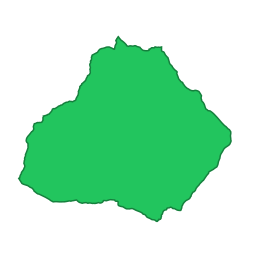 Negreni, Cluj, Romania, rotated 96°
{"feature_id": "2599482B47059022989916", "entity_name": "Negreni", "entity_type": "district", "adm_level": 2, "iso_a3": "ROU", "parent_name": "Romania", "parent_adm1": "Cluj", "projection": "mercator", "projection_center": [22.749, 46.959], "detail": "fine", "context": "isolated", "style": "filled", "palette": "green", "viewbox_px": 256, "rotation_deg": 96, "n_neighbors": 0, "source": "geoboundaries", "source_scale": "gbopen_adm2", "svg_char_len": 5798}
<svg xmlns="http://www.w3.org/2000/svg" viewBox="0 0 256 256"><g transform="rotate(96 128 128)"><path d="M189.0,231.8L194.2,227.7L194.8,226.3L195.8,221.6L196.6,220.1L197.1,219.3L197.8,217.2L198.1,216.8L199.1,215.7L199.7,215.2L200.7,214.7L201.2,213.7L202.3,212.1L202.7,211.3L203.0,210.6L203.0,210.0L203.1,209.4L205.5,202.8L207.3,198.7L207.6,198.3L208.2,197.3L209.2,194.9L209.2,194.2L208.9,193.1L208.7,191.0L208.6,188.2L208.0,183.4L207.4,181.1L206.6,178.7L206.7,177.7L206.7,177.2L206.6,176.8L206.3,176.3L206.0,174.9L205.1,172.1L205.0,171.7L205.2,171.3L205.6,170.9L206.7,169.3L207.1,168.3L207.2,167.8L207.3,167.2L207.4,166.5L207.6,166.0L207.5,165.2L206.9,163.9L206.9,163.2L206.6,162.2L206.6,161.6L207.0,160.2L206.9,159.7L206.7,159.1L206.6,158.3L206.5,157.9L206.7,155.7L206.7,155.1L206.5,154.4L206.5,153.0L206.4,152.6L205.9,151.0L205.3,149.8L205.3,149.3L205.5,148.5L205.5,147.7L205.4,147.2L205.1,146.6L204.9,146.2L204.4,145.6L203.7,145.1L202.9,144.9L202.6,144.5L202.6,141.9L201.4,139.0L201.1,138.1L201.0,133.7L201.7,133.3L202.0,132.8L202.1,132.1L202.0,131.1L202.0,130.7L202.3,130.3L202.6,130.1L204.8,129.9L205.5,129.8L205.8,129.5L206.2,129.1L206.7,127.2L206.9,124.8L208.2,122.1L208.5,121.2L208.5,120.5L208.4,119.3L208.3,118.1L207.8,116.5L207.7,115.4L207.8,114.5L209.0,111.4L210.3,106.7L211.1,105.0L211.7,104.5L212.1,103.9L212.2,103.5L212.2,102.7L212.5,102.0L212.7,101.6L213.2,101.1L214.3,100.2L214.6,99.8L214.9,99.2L215.7,96.6L216.6,94.7L216.6,92.3L216.8,91.6L217.5,90.6L217.8,89.9L217.7,89.8L217.8,89.2L217.6,88.9L217.3,88.7L216.9,88.7L216.7,88.3L215.6,87.7L215.8,87.1L215.5,86.9L215.4,86.4L215.1,86.1L214.2,85.7L213.7,85.8L212.4,85.5L211.1,85.7L210.6,85.4L209.9,84.8L208.4,84.6L207.1,84.2L206.7,83.9L206.3,83.6L206.2,83.3L205.7,82.6L205.6,82.4L205.5,81.6L205.1,81.1L204.9,81.0L204.0,81.0L203.7,80.7L203.4,80.2L203.0,78.5L202.5,77.8L202.3,77.4L202.5,76.2L203.4,75.0L203.4,74.6L203.3,73.6L203.3,73.4L204.4,70.7L204.6,69.4L204.6,67.8L204.5,67.2L204.4,66.9L201.9,66.2L200.2,66.2L198.9,65.6L198.1,65.5L197.4,65.0L196.4,64.6L194.2,62.8L192.5,60.3L191.8,59.4L190.3,58.7L189.7,58.6L189.4,58.2L188.3,58.1L187.3,57.8L185.8,57.1L184.9,56.5L184.5,55.7L184.1,55.3L183.3,54.7L182.7,54.4L181.3,54.1L180.8,53.9L180.4,53.6L179.3,53.0L177.4,51.5L175.7,50.6L173.5,48.8L172.8,48.4L172.6,48.2L172.5,47.9L172.3,47.6L167.0,44.8L164.9,43.3L164.5,43.1L163.7,43.2L163.2,42.9L162.8,42.5L160.2,38.8L159.1,37.7L157.8,36.1L157.4,35.6L156.3,35.2L155.0,34.8L151.9,34.5L148.5,33.5L146.4,33.4L144.7,33.1L141.1,31.4L139.8,30.9L138.9,30.5L137.7,29.6L136.7,28.5L134.7,26.1L133.7,25.2L130.8,24.2L129.8,24.2L128.7,24.6L127.8,24.7L125.0,25.3L122.7,25.2L121.2,25.4L120.9,25.5L119.0,27.1L118.4,28.4L116.3,30.8L116.0,31.5L115.0,32.9L112.9,35.4L108.1,40.5L105.2,43.9L104.0,45.5L102.5,48.0L102.3,50.4L101.6,51.2L101.1,52.1L100.9,52.6L99.3,53.4L96.5,54.6L94.7,55.9L94.2,56.6L93.4,57.4L92.8,57.8L92.4,57.7L91.5,58.1L90.6,58.5L88.2,58.3L86.5,59.5L84.6,61.0L84.2,61.5L83.8,62.7L83.5,64.3L83.5,64.8L83.7,65.7L84.1,66.6L84.2,67.6L84.1,69.1L83.5,70.9L83.0,71.6L82.3,73.5L81.8,74.0L81.2,75.0L80.9,75.4L78.2,77.8L77.9,78.3L77.4,78.2L76.9,78.8L76.6,79.3L76.5,80.0L76.2,80.5L75.6,80.9L74.5,82.2L73.3,83.0L71.9,83.6L68.8,85.2L68.4,85.2L67.4,85.0L66.8,85.2L65.1,87.8L62.9,90.1L62.1,90.4L59.6,93.3L56.5,94.5L53.8,95.7L53.1,96.7L51.4,98.5L49.0,100.0L48.5,100.8L48.3,102.0L47.6,102.6L47.2,102.8L44.9,103.0L43.9,103.1L44.1,103.7L44.3,103.7L44.5,105.5L44.4,106.1L44.8,107.5L44.7,108.0L44.5,109.6L45.2,109.9L45.6,110.6L45.6,112.0L45.8,113.0L47.1,114.2L47.2,114.9L47.5,115.3L47.9,115.0L48.3,115.1L48.6,115.3L49.0,116.2L49.1,116.9L49.3,117.9L49.3,119.6L49.2,121.0L48.8,122.0L47.3,123.9L46.5,124.6L46.0,127.7L45.5,128.7L45.4,129.7L45.9,131.1L46.1,131.8L46.1,132.7L46.0,133.8L46.1,134.4L46.2,135.0L46.8,136.2L46.3,137.9L45.4,138.4L44.0,140.0L43.1,141.2L41.8,143.2L41.7,143.7L39.1,146.5L38.9,146.5L38.2,147.2L38.9,147.7L39.8,148.0L40.2,148.4L41.7,148.7L41.9,149.2L42.5,149.2L42.6,148.9L43.6,148.5L44.8,148.3L47.2,149.3L51.0,149.7L51.1,150.7L50.8,150.8L49.4,155.2L49.5,155.8L49.5,156.3L49.9,158.1L50.7,159.5L51.5,161.6L51.7,162.5L52.6,164.2L54.0,165.3L55.9,166.2L59.1,171.0L59.5,171.4L60.2,171.3L61.5,171.8L62.6,171.5L63.6,171.5L64.4,171.8L64.7,171.7L65.0,172.2L65.8,172.3L66.3,172.0L66.9,172.0L67.5,172.2L68.4,172.6L69.3,172.6L71.8,171.7L72.6,171.7L73.3,172.0L73.6,172.0L73.8,171.8L74.2,171.9L74.9,171.5L75.9,171.5L76.7,171.3L77.4,171.3L79.2,172.2L79.7,173.0L80.3,173.7L80.8,173.7L82.2,174.2L83.1,174.7L84.4,174.8L85.2,175.4L85.7,175.5L86.1,175.9L86.6,176.5L87.2,176.8L87.5,177.2L88.5,178.1L88.7,178.5L90.0,178.7L90.4,179.0L90.5,179.3L91.1,179.7L91.5,180.0L92.1,180.3L93.0,180.1L97.0,181.2L98.0,180.9L100.4,181.1L104.1,182.7L105.3,182.7L106.4,183.7L106.6,184.3L107.2,185.2L107.7,185.8L107.6,186.4L107.6,186.9L107.5,187.5L107.6,188.0L107.5,189.1L108.6,190.6L108.9,192.2L110.4,194.6L111.0,195.0L111.2,195.4L112.1,196.2L112.4,197.5L112.9,197.9L113.6,199.5L114.3,200.0L116.4,202.7L116.5,204.0L117.1,205.1L118.8,205.5L120.1,206.3L121.9,207.6L122.3,207.7L122.8,209.0L123.4,209.5L123.4,209.9L123.7,210.2L123.9,210.6L124.2,211.3L124.4,212.0L124.8,212.6L124.9,213.4L125.6,213.3L126.8,213.7L128.2,213.4L128.8,213.5L129.0,213.3L129.5,213.5L131.3,214.4L131.6,215.1L131.8,216.9L132.0,217.6L132.0,218.5L132.5,219.5L133.2,220.5L133.5,221.6L136.5,222.3L138.5,221.7L139.4,221.7L141.0,222.5L141.3,222.7L141.7,223.4L144.6,225.2L146.9,226.8L148.3,227.5L149.3,227.8L150.7,227.9L151.4,227.9L151.9,227.7L152.7,227.2L153.8,225.9L154.3,225.8L156.3,225.6L158.0,225.3L161.0,226.0L164.3,226.9L165.0,227.2L166.4,227.0L168.8,227.7L170.3,227.4L171.2,227.7L174.1,227.8L174.8,227.4L176.1,226.8L176.9,226.6L177.6,226.7L178.3,227.0L179.7,227.4L180.6,227.7L183.3,229.3L184.2,229.3L185.1,229.6L186.3,230.2L189.4,230.6L189.8,230.8L189.0,231.8Z" fill="#22c55e" stroke="#15803d" stroke-width="1.5"/></g></svg>